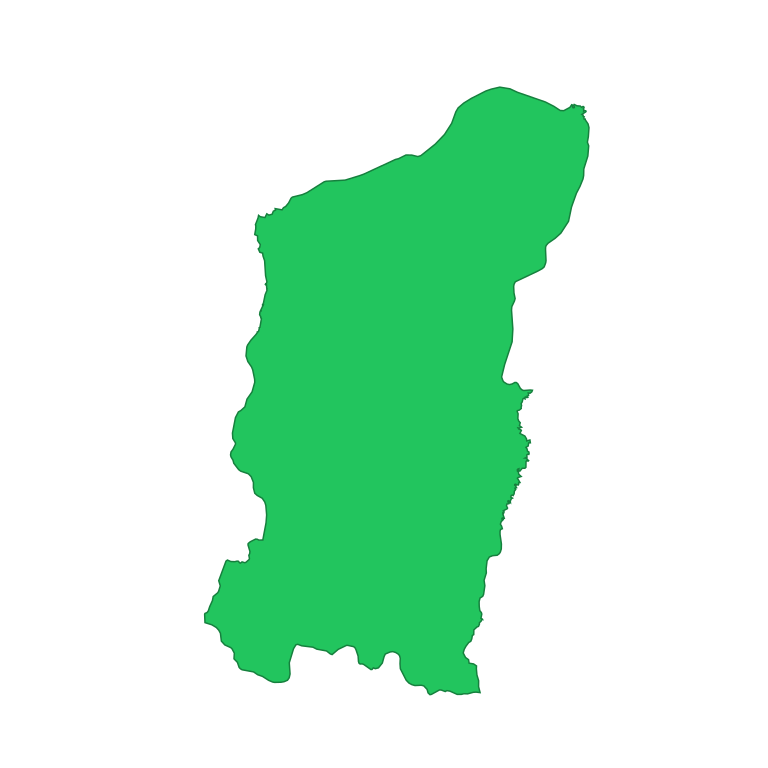 outline of Buachet, Surin, Thailand, rotated 11°
{"feature_id": "78962969B96676572304128", "entity_name": "Buachet", "entity_type": "district", "adm_level": 2, "iso_a3": "THA", "parent_name": "Thailand", "parent_adm1": "Surin", "projection": "robinson", "projection_center": [103.998, 14.484], "detail": "fine", "context": "isolated", "style": "filled", "palette": "green", "viewbox_px": 768, "rotation_deg": 11, "n_neighbors": 0, "source": "geoboundaries", "source_scale": "gbopen_adm2", "svg_char_len": 6125}
<svg xmlns="http://www.w3.org/2000/svg" viewBox="0 0 768 768"><g transform="rotate(11 384 384)"><path d="M526.4,73.6L525.2,74.7L523.6,73.7L520.4,74.1L517.3,73.3L516.8,74.6L517.8,75.3L518.1,76.3L517.0,76.8L516.4,76.4L515.5,74.1L515.0,74.0L513.7,77.0L508.3,81.4L504.8,81.9L497.7,79.0L488.7,76.4L459.4,72.2L451.3,70.2L441.0,70.5L433.0,74.1L428.0,77.0L415.3,86.9L408.7,93.0L404.1,98.8L402.6,103.1L400.7,115.2L395.8,127.5L388.6,138.7L376.6,152.8L373.8,154.3L367.7,154.0L361.9,155.0L355.2,160.1L352.4,161.4L323.9,182.0L320.2,184.2L306.9,191.3L288.5,196.0L286.7,196.9L271.7,211.0L267.7,213.7L258.4,218.0L257.3,219.4L255.8,224.5L253.6,228.5L251.7,230.1L250.7,232.5L243.7,232.6L244.3,234.0L242.4,235.5L241.8,238.7L238.7,240.2L236.5,239.3L235.4,243.3L230.6,243.4L228.7,242.4L228.7,244.9L227.4,252.2L228.0,253.2L228.5,256.3L228.6,262.0L231.6,262.7L232.6,267.3L236.0,270.8L235.9,273.8L234.8,275.3L237.0,278.4L239.9,278.7L240.8,281.4L243.3,285.8L247.1,300.3L249.6,306.1L249.2,308.2L248.7,308.2L248.5,308.9L249.1,309.3L249.7,308.9L250.6,312.3L251.0,312.6L250.8,313.3L251.3,314.1L250.3,319.0L250.2,327.8L249.8,328.9L250.5,329.1L250.4,329.8L249.8,329.9L250.1,330.6L249.1,334.5L249.5,335.4L249.3,335.9L248.8,335.7L248.5,337.1L248.7,339.7L250.4,341.9L250.4,342.6L251.2,343.2L251.4,352.0L250.7,352.6L251.0,353.5L250.8,356.0L250.3,356.9L249.7,357.0L249.7,358.1L248.8,360.0L245.1,366.2L242.7,371.7L242.3,373.8L243.2,382.8L246.1,388.0L250.7,392.5L252.4,395.1L256.1,404.0L256.8,407.0L256.0,416.9L252.4,425.0L251.8,433.0L248.6,437.3L246.4,439.2L244.6,445.3L244.6,461.1L246.0,466.4L249.4,470.1L249.7,471.5L248.2,476.9L246.8,479.9L246.9,482.9L247.7,484.7L250.3,487.6L251.7,490.5L257.7,495.8L260.0,496.9L268.0,498.0L271.3,500.3L274.6,505.5L275.6,510.8L278.0,515.9L280.8,517.6L286.3,519.4L289.5,522.6L291.2,525.8L293.8,535.0L294.7,542.8L294.8,560.3L290.8,561.1L289.4,560.6L287.6,560.7L282.8,564.4L281.1,566.5L281.2,567.9L284.4,574.1L284.5,576.2L284.0,577.9L285.2,580.9L285.1,582.0L282.4,585.5L281.3,586.0L278.6,585.7L277.3,587.2L276.2,587.0L275.0,585.8L273.6,585.9L271.4,586.9L267.5,587.5L263.9,586.7L262.7,588.0L259.3,608.6L261.8,613.4L261.2,619.0L260.6,620.7L256.9,625.2L256.9,629.4L255.4,635.7L254.8,640.3L253.9,642.1L252.0,643.4L251.9,644.4L253.8,652.4L260.9,653.2L265.9,655.0L268.8,657.2L271.0,659.9L273.4,667.4L277.5,670.5L283.8,672.0L285.3,672.9L288.4,676.7L289.2,682.4L293.2,685.2L295.9,689.9L297.5,691.0L299.2,691.6L310.9,691.5L315.5,693.5L320.5,694.2L327.3,696.9L331.5,697.8L333.5,697.8L339.8,696.4L342.7,695.3L345.8,693.2L347.0,690.5L347.1,686.6L344.2,675.7L345.7,661.1L347.3,656.8L349.0,656.0L353.2,656.7L364.5,655.9L368.6,657.1L378.5,657.0L382.8,659.2L384.7,659.5L389.7,653.2L397.1,647.7L398.3,647.5L404.1,647.6L405.7,648.3L407.1,650.0L410.5,656.0L411.9,661.3L412.8,662.9L413.9,663.4L416.1,662.9L417.7,663.2L425.7,666.8L426.7,666.5L427.7,664.7L429.8,665.1L432.7,663.7L435.6,658.2L436.1,651.6L436.8,648.8L441.1,645.9L443.7,645.0L446.6,645.3L449.3,646.3L451.0,647.6L452.3,650.1L453.1,655.5L454.4,660.4L462.3,670.5L465.5,672.8L468.7,673.8L471.9,674.1L478.0,672.6L480.6,672.7L484.6,675.6L486.2,678.8L488.4,680.2L489.8,679.6L496.9,673.7L498.7,673.5L502.8,674.2L504.2,673.0L507.2,672.9L515.0,674.7L519.2,673.9L521.5,672.8L525.2,672.2L530.5,669.6L533.1,668.9L537.2,668.6L534.6,663.1L533.5,657.2L530.7,651.8L529.0,645.9L528.6,643.1L525.4,641.7L520.8,641.8L519.6,638.5L516.2,636.9L513.2,633.1L513.1,632.3L513.4,629.1L514.5,625.7L516.5,621.6L518.3,620.0L518.8,617.4L518.7,614.0L519.9,612.9L519.1,608.2L521.7,604.7L523.0,603.9L523.5,601.6L523.2,600.1L524.5,598.5L525.1,596.4L525.7,596.4L525.4,596.0L523.9,595.6L523.9,591.2L523.2,589.8L521.3,588.2L519.9,584.1L518.9,579.5L519.1,575.8L521.4,573.6L521.9,571.5L521.5,562.8L519.7,557.6L520.5,549.9L519.5,545.9L518.9,537.9L520.4,533.7L523.4,531.8L527.8,530.5L529.6,528.5L530.3,526.6L530.6,523.5L529.8,518.7L526.6,509.5L526.0,506.4L526.2,504.5L527.8,503.5L526.5,501.0L525.0,499.4L525.3,496.8L527.0,494.2L526.7,493.6L525.7,494.3L525.4,493.4L526.8,492.3L526.9,493.2L527.7,492.9L525.4,488.9L525.3,487.9L526.0,488.2L526.3,486.6L525.3,485.7L528.9,482.8L528.9,482.1L527.5,480.3L527.5,478.4L529.5,477.6L529.8,476.7L528.1,476.1L527.9,475.3L528.6,474.8L530.7,476.2L530.3,474.8L530.9,472.3L531.9,471.5L530.0,470.8L530.2,469.1L531.2,468.5L532.0,468.9L532.7,467.0L532.4,464.4L533.4,462.4L532.4,461.3L533.9,460.5L532.9,459.5L533.0,458.6L531.6,458.4L531.5,457.7L532.0,457.3L535.0,457.6L535.3,457.0L535.0,455.4L536.3,454.8L532.9,451.0L533.5,450.2L536.3,448.6L533.5,446.9L532.6,444.4L531.7,444.2L531.2,442.8L531.6,442.0L532.6,441.4L532.8,443.5L534.0,443.6L535.7,440.4L538.4,439.8L539.2,438.7L538.2,433.1L538.7,432.1L540.2,432.2L540.6,431.6L538.7,430.5L538.5,429.7L536.6,429.8L538.3,428.5L537.7,426.4L538.4,425.6L539.6,425.5L539.7,424.7L539.2,423.1L537.6,422.5L536.8,420.4L535.4,419.1L537.4,417.3L537.2,414.2L538.9,413.8L537.9,411.1L535.0,412.6L534.3,410.6L532.2,408.2L526.8,406.6L527.7,403.4L527.1,402.9L524.9,402.5L524.0,401.5L525.0,401.5L527.3,400.2L524.9,399.0L525.1,396.0L523.4,394.7L522.0,392.5L521.3,387.6L519.9,385.5L520.0,384.7L521.7,383.9L523.4,381.9L523.0,380.4L523.2,379.1L522.4,377.0L523.1,375.2L523.2,372.1L523.9,371.4L525.3,371.7L524.9,370.3L525.2,369.8L526.8,370.1L527.7,369.6L526.8,368.6L528.1,367.6L527.3,365.2L529.1,365.2L530.6,363.5L530.9,361.8L528.7,362.0L522.5,363.7L521.0,363.6L518.7,362.3L515.3,358.2L513.6,357.3L512.2,357.5L509.8,359.5L507.4,360.6L504.9,360.6L501.3,359.2L500.1,358.1L498.1,354.7L498.7,341.9L501.7,318.2L500.0,305.5L495.1,287.2L494.7,283.7L496.2,277.7L496.4,275.1L494.2,269.8L492.7,263.6L492.6,261.5L493.3,258.8L494.3,257.9L513.7,243.6L517.4,240.5L518.9,238.5L519.6,234.2L519.5,232.0L516.9,221.2L516.5,218.6L516.8,217.0L518.2,214.5L524.2,208.3L528.8,202.2L534.1,189.1L534.3,174.6L534.8,171.1L536.5,160.0L538.7,152.5L540.2,144.8L540.2,141.3L539.1,134.8L540.6,121.3L539.5,111.2L537.5,107.8L537.4,102.3L536.3,93.3L534.7,89.8L531.1,86.2L531.0,85.6L529.8,85.7L529.3,84.1L529.5,83.5L528.5,83.3L528.1,82.1L526.8,81.6L530.1,78.4L530.3,77.7L530.0,77.4L528.4,77.3L527.9,77.9L527.8,76.7L527.1,75.9L527.7,74.7L527.1,73.7L526.4,73.6Z" fill="#22c55e" stroke="#15803d" stroke-width="1.5"/></g></svg>